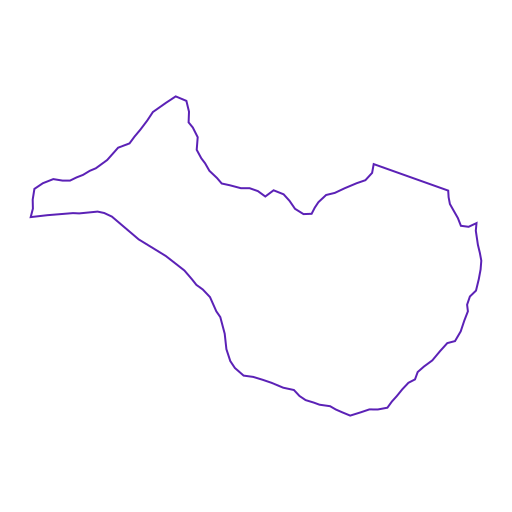 outline of Pedrinhas Paulista, São Paulo, Brazil
{"feature_id": "56859067B86828708570906", "entity_name": "Pedrinhas Paulista", "entity_type": "district", "adm_level": 2, "iso_a3": "BRA", "parent_name": "Brazil", "parent_adm1": "São Paulo", "projection": "mercator", "projection_center": [-50.812, -22.814], "detail": "fine", "context": "isolated", "style": "outline", "palette": "violet", "viewbox_px": 512, "rotation_deg": 0, "n_neighbors": 0, "source": "geoboundaries", "source_scale": "gbopen_adm2", "svg_char_len": 1562}
<svg xmlns="http://www.w3.org/2000/svg" viewBox="0 0 512 512"><path d="M186.4,100.9L175.7,96.4L165.7,103.0L152.9,112.0L147.2,120.6L140.4,129.6L134.6,136.5L129.5,143.4L118.1,147.7L107.2,160.0L95.8,168.3L89.8,170.8L83.0,174.9L76.6,177.4L70.0,180.6L62.6,180.6L53.3,179.1L42.9,183.2L34.4,188.9L32.7,199.6L32.9,208.6L30.7,217.1L47.3,215.2L73.0,213.1L79.2,213.4L97.6,211.6L104.2,213.0L111.9,216.6L138.7,239.4L165.8,256.0L184.4,270.5L191.8,279.1L196.4,284.9L202.8,289.5L210.0,297.1L216.3,311.3L220.3,317.1L224.7,333.7L226.4,349.2L230.3,361.1L234.9,368.0L243.6,375.6L253.2,376.9L262.7,379.8L271.5,382.8L283.2,387.7L293.9,390.0L299.5,396.0L305.6,400.1L313.8,402.6L319.5,404.7L330.1,406.2L335.8,409.5L342.2,412.3L350.2,415.6L360.8,412.3L369.4,409.4L377.7,409.5L387.4,407.7L391.9,401.5L396.7,396.2L402.3,389.3L408.4,382.8L415.0,379.4L417.7,372.0L424.0,366.5L432.3,360.4L439.9,351.3L447.3,343.1L455.0,341.1L460.7,331.4L464.3,320.6L467.9,311.3L467.1,304.7L469.9,296.5L476.0,290.6L478.8,279.1L480.6,269.4L481.3,260.7L479.9,253.1L477.9,244.8L475.8,230.7L476.5,223.1L468.6,226.8L460.9,225.8L457.9,218.1L453.0,209.5L449.9,204.0L448.6,197.2L448.2,190.6L373.7,164.1L372.1,172.9L365.4,180.2L356.7,183.2L344.8,188.2L334.8,192.9L326.1,195.0L318.4,202.2L314.8,207.6L311.6,213.8L303.5,214.1L295.0,208.8L289.5,200.8L283.6,194.3L273.6,190.3L265.3,196.5L257.9,191.1L249.6,188.2L240.9,188.2L230.0,185.3L221.7,183.5L217.0,178.0L209.4,170.8L205.1,163.3L201.3,158.3L196.7,149.8L197.7,137.2L192.8,127.5L188.6,122.4L189.0,111.7L186.4,100.9Z" fill="none" stroke="#5b21b6" stroke-width="2"/></svg>